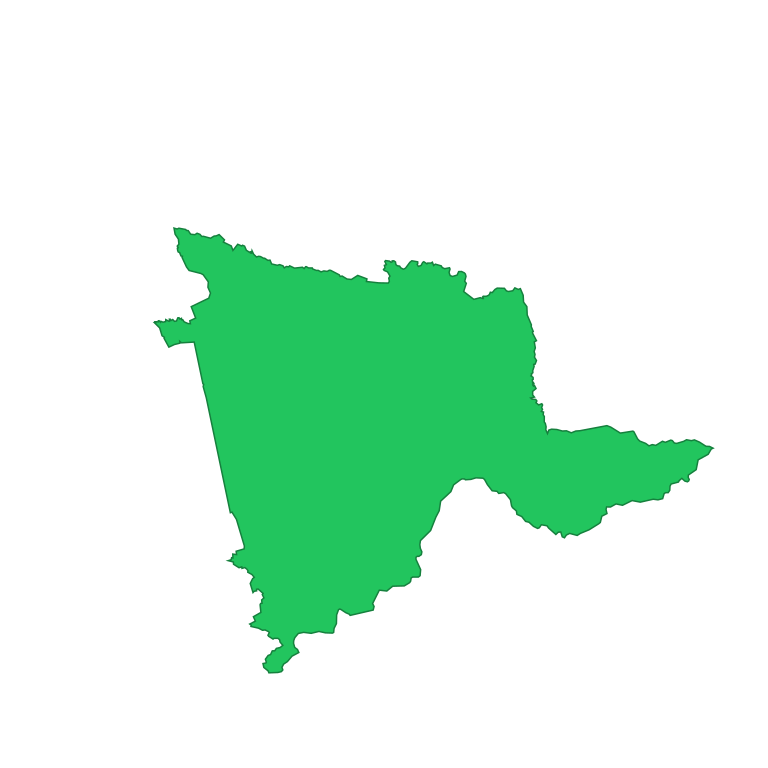 outline of Acateno, Puebla, Mexico, rotated 239°
{"feature_id": "50627088B68645229361242", "entity_name": "Acateno", "entity_type": "district", "adm_level": 2, "iso_a3": "MEX", "parent_name": "Mexico", "parent_adm1": "Puebla", "projection": "albers", "projection_center": [-97.228, 20.1], "detail": "fine", "context": "isolated", "style": "filled", "palette": "green", "viewbox_px": 768, "rotation_deg": 239, "n_neighbors": 0, "source": "geoboundaries", "source_scale": "gbopen_adm2", "svg_char_len": 6171}
<svg xmlns="http://www.w3.org/2000/svg" viewBox="0 0 768 768"><g transform="rotate(239 384 384)"><path d="M554.8,218.8L547.6,220.6L539.7,218.6L537.1,219.8L536.4,219.0L526.4,218.6L525.8,224.7L524.1,230.1L525.8,230.9L523.6,231.6L517.7,242.9L477.5,228.9L476.6,229.3L475.0,227.7L463.8,224.6L352.8,186.0L352.5,187.7L343.9,187.8L317.1,180.9L314.7,179.2L316.8,171.1L313.7,169.8L316.1,166.8L312.7,164.9L313.6,163.9L312.1,162.5L312.8,159.5L309.0,163.2L307.0,162.2L301.2,165.1L300.5,167.9L299.1,167.3L298.3,170.2L296.1,171.0L294.2,171.3L292.8,170.3L288.7,172.7L285.1,173.2L284.8,171.1L281.9,166.6L272.7,164.3L273.2,165.9L272.3,168.3L273.7,169.0L273.1,170.5L266.8,172.5L266.2,171.2L262.5,170.9L261.9,167.9L258.9,166.5L259.4,165.2L258.6,164.1L251.6,160.8L251.8,152.2L247.0,151.6L247.4,145.3L245.6,146.0L244.7,145.1L239.3,150.7L235.5,153.0L234.4,155.4L231.2,157.5L230.1,157.7L228.4,155.1L227.1,155.2L222.5,157.5L222.6,158.8L220.6,162.1L218.6,162.8L216.3,162.0L212.1,162.7L211.6,159.3L212.8,155.6L211.6,152.9L212.8,150.8L210.5,147.4L211.0,144.9L209.2,140.6L206.1,139.8L205.7,139.1L206.7,136.3L202.9,135.0L197.8,136.9L195.7,136.6L191.4,144.4L190.3,147.9L191.0,150.0L193.7,150.6L195.6,153.7L195.8,158.2L198.1,165.0L197.7,172.7L201.0,173.1L204.2,171.8L208.3,172.9L210.5,174.4L212.5,176.9L214.3,182.1L212.5,187.2L207.8,193.2L205.4,200.8L200.9,205.6L197.0,211.6L197.0,212.9L200.2,215.3L203.1,219.8L210.5,224.5L214.0,228.8L213.9,230.2L212.8,231.0L207.6,233.5L204.7,235.6L203.1,235.8L195.8,258.3L198.4,260.9L201.7,261.2L209.7,273.8L205.1,279.8L206.2,287.3L200.5,297.4L200.5,303.6L201.2,305.2L203.7,307.3L203.8,309.0L200.8,314.1L201.1,316.2L206.0,319.8L217.3,321.1L219.0,322.2L219.2,323.8L218.3,325.1L218.5,328.1L220.6,330.0L224.4,330.5L227.9,332.0L231.0,334.6L234.4,348.5L243.1,359.8L246.9,366.0L254.4,372.2L257.3,385.9L261.7,391.7L262.6,400.6L262.4,402.1L261.0,404.2L260.0,404.4L257.5,409.3L256.2,414.5L252.3,420.3L250.4,421.0L244.5,420.8L236.8,421.7L233.8,425.6L231.1,426.0L229.2,430.8L227.3,431.8L219.7,432.8L213.9,430.6L211.8,430.5L207.1,432.1L203.8,430.8L199.5,433.8L193.3,434.6L190.8,437.1L185.0,438.8L181.1,441.3L180.8,443.1L182.3,446.4L178.5,450.7L175.8,450.9L166.5,453.8L167.2,457.0L166.1,459.3L161.2,458.1L159.2,459.5L160.6,462.5L160.3,466.2L154.7,471.6L154.8,475.4L153.4,484.7L153.6,496.1L153.9,498.1L158.5,502.6L158.1,508.4L162.1,509.7L164.0,511.5L161.9,514.8L161.7,521.1L157.2,526.0L156.3,536.6L150.7,542.9L146.6,555.4L143.6,559.2L142.2,563.8L145.8,567.7L145.8,569.4L144.5,571.6L145.7,574.2L149.1,576.5L150.4,578.6L148.3,585.9L149.2,587.4L149.7,590.7L145.8,591.9L143.9,593.7L144.0,595.3L145.0,596.5L147.2,596.6L149.2,598.0L149.8,607.5L157.2,614.2L156.8,625.7L159.7,631.0L159.5,633.0L162.8,630.9L164.8,627.9L171.7,624.5L176.2,621.3L177.1,618.3L180.4,614.6L180.5,611.4L182.3,604.4L183.8,602.5L187.0,602.0L188.2,600.9L189.1,595.1L191.5,593.2L191.4,585.4L193.9,582.7L194.5,579.3L198.3,577.7L203.4,573.8L206.3,573.1L214.3,573.6L215.4,573.1L220.2,561.3L230.2,556.2L233.5,553.6L243.1,527.7L244.9,524.2L245.7,519.4L249.9,516.3L251.8,512.7L256.0,508.7L259.0,504.3L259.6,501.5L257.3,498.6L261.4,499.1L263.8,500.9L267.2,502.0L268.9,501.8L273.6,504.7L275.7,504.6L277.8,506.3L279.4,504.7L280.6,506.8L282.7,507.0L284.3,509.1L285.8,509.1L286.4,505.8L289.7,504.6L290.7,506.3L292.6,506.1L294.8,503.0L296.5,502.5L295.3,506.2L298.0,505.8L301.1,507.6L301.8,512.0L305.3,512.2L305.2,511.1L306.7,511.0L307.1,512.7L308.3,512.8L308.4,512.0L311.2,513.3L311.2,514.3L312.9,515.2L315.3,514.1L315.7,515.3L316.8,515.5L317.0,517.4L318.9,518.4L321.7,521.7L323.7,522.4L323.2,523.8L325.6,526.8L329.5,526.8L331.6,528.7L334.5,529.4L337.0,532.3L342.7,534.5L342.6,537.0L350.5,537.5L352.2,538.1L352.2,539.0L357.5,539.8L358.8,540.8L369.4,542.3L376.7,546.3L382.3,545.8L388.4,549.0L395.5,550.0L395.9,547.8L399.0,545.7L397.6,542.4L399.2,538.3L400.8,536.9L404.0,536.5L407.9,530.4L407.9,527.8L406.6,523.9L407.9,522.4L406.4,520.4L406.2,519.0L406.5,516.8L408.1,514.3L407.9,513.5L406.4,513.5L406.2,512.9L408.4,511.0L410.3,504.6L422.2,499.9L427.9,506.4L430.5,506.1L434.0,509.7L436.4,510.4L437.9,510.1L440.5,508.4L441.9,505.9L439.7,502.8L440.9,498.1L442.8,496.6L444.3,496.8L446.2,497.3L448.5,499.8L449.9,500.0L451.6,495.4L453.8,493.9L455.8,493.9L460.3,489.7L460.0,487.6L463.5,488.2L463.5,486.5L465.2,483.6L464.9,482.7L468.3,481.1L468.3,479.8L466.5,476.8L467.1,474.0L469.4,474.0L470.0,475.1L471.4,475.8L475.3,471.3L475.0,468.9L472.2,462.1L472.4,459.7L475.0,458.2L477.0,458.1L478.5,456.3L480.2,455.7L482.7,456.7L484.5,455.9L485.3,454.5L484.6,454.2L484.7,452.7L486.5,452.0L489.0,448.9L488.6,447.8L485.1,447.5L485.5,445.4L483.0,444.7L482.5,442.6L481.3,442.6L478.3,444.8L473.4,444.7L472.3,442.6L469.3,441.5L468.3,439.7L473.3,431.7L480.9,421.7L482.9,423.5L490.6,417.4L490.4,409.9L493.0,406.4L498.1,403.7L498.8,401.8L500.6,401.9L508.9,396.8L509.7,395.7L509.8,393.3L511.9,390.7L512.5,387.8L515.3,386.1L516.2,384.5L519.2,382.2L520.4,382.3L522.4,379.0L524.5,377.9L524.9,377.3L524.1,375.0L526.1,374.2L529.4,367.0L533.9,364.0L533.5,362.7L535.0,360.8L534.9,358.3L537.3,358.3L540.1,356.0L540.7,353.7L544.8,349.5L548.9,350.1L549.8,348.1L553.3,346.5L553.4,345.8L556.8,343.8L558.0,342.4L558.6,340.1L562.4,339.1L566.2,339.5L565.6,339.0L566.0,337.8L564.4,337.9L564.5,337.4L569.5,334.9L574.0,335.5L575.8,334.2L575.6,333.1L579.1,330.6L576.3,323.3L581.0,324.2L588.4,319.4L589.7,321.5L597.0,319.6L597.4,316.4L598.3,314.6L598.3,310.4L603.6,305.3L604.3,303.8L607.1,303.3L609.5,301.4L609.4,298.8L612.0,295.4L616.3,295.2L617.4,293.8L618.6,293.6L623.2,288.4L623.4,286.5L625.8,284.3L620.0,282.1L614.1,282.4L609.5,280.2L608.7,277.8L606.8,277.8L606.8,276.8L604.7,275.9L603.2,275.6L601.9,276.5L598.4,275.9L597.3,277.0L596.5,276.1L586.1,275.0L581.7,275.4L573.0,284.0L570.8,285.3L562.0,286.0L557.6,282.9L551.3,282.1L547.8,278.0L549.6,258.6L537.5,256.5L538.2,250.1L535.4,249.1L536.8,247.1L540.2,244.7L542.7,244.6L543.2,243.7L544.6,244.2L544.8,242.5L546.4,242.4L546.9,241.3L544.9,238.6L545.6,236.7L548.1,236.1L548.1,234.2L549.6,234.2L550.1,233.4L548.4,232.7L548.4,232.0L551.6,230.1L550.0,229.0L550.8,226.4L552.6,225.1L552.0,224.2L554.1,223.8L554.4,223.1L553.6,222.5L555.3,219.8L554.3,219.8L554.8,218.8Z" fill="#22c55e" stroke="#15803d" stroke-width="1.5"/></g></svg>